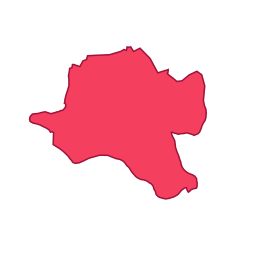 Ini, Akwa Ibom, Nigeria, rotated 158°
{"feature_id": "59680162B87442417129591", "entity_name": "Ini", "entity_type": "district", "adm_level": 2, "iso_a3": "NGA", "parent_name": "Nigeria", "parent_adm1": "Akwa Ibom", "projection": "robinson", "projection_center": [7.758, 5.403], "detail": "fine", "context": "isolated", "style": "filled", "palette": "rose", "viewbox_px": 256, "rotation_deg": 158, "n_neighbors": 0, "source": "geoboundaries", "source_scale": "gbopen_adm2", "svg_char_len": 2521}
<svg xmlns="http://www.w3.org/2000/svg" viewBox="0 0 256 256"><g transform="rotate(158 128 128)"><path d="M155.8,207.6L157.3,205.0L159.8,205.1L161.7,201.6L163.1,199.7L164.0,197.7L164.3,196.0L165.4,193.1L167.0,189.2L168.2,187.7L171.1,184.1L172.8,182.2L175.9,177.9L176.9,175.8L177.7,175.0L176.9,173.8L177.6,171.3L180.0,169.7L181.8,168.9L183.6,169.3L186.4,169.2L188.2,169.6L188.6,169.6L190.0,169.6L190.9,169.7L192.1,170.0L193.9,170.0L195.3,171.2L196.8,172.4L198.6,174.0L200.3,174.4L202.5,174.8L205.7,175.1L207.1,175.5L209.6,176.3L211.4,176.7L213.2,175.9L214.6,175.1L216.0,173.0L216.3,171.0L215.6,169.8L213.8,167.8L211.3,166.2L208.4,163.8L206.3,161.3L204.1,158.9L202.0,156.1L201.4,153.1L199.9,153.0L198.7,151.7L203.6,140.7L198.9,134.2L198.5,133.5L196.8,130.6L195.7,128.2L193.9,124.1L193.5,121.7L192.7,119.7L192.0,116.8L190.9,115.6L189.5,114.8L187.7,114.4L186.3,114.0L184.5,114.1L182.7,114.1L175.3,114.6L164.6,113.4L157.1,110.3L150.7,104.2L147.1,101.8L144.6,98.6L143.8,96.2L143.1,93.3L142.0,91.3L141.6,89.3L140.9,85.6L139.8,82.4L139.1,80.4L138.0,78.4L136.6,76.8L135.5,75.6L132.3,73.6L130.1,71.5L128.7,69.1L127.6,67.9L126.9,66.3L126.5,64.7L126.8,61.4L126.4,59.0L126.8,55.8L126.0,53.7L125.0,52.1L123.5,50.9L121.4,49.3L119.6,48.1L117.8,47.7L116.0,47.3L112.4,47.1L111.1,47.0L110.7,47.0L107.9,47.4L106.1,47.8L104.0,49.1L101.5,50.3L100.1,50.7L97.9,51.1L96.2,50.8L96.5,47.9L96.1,45.9L94.3,46.3L92.6,47.1L90.7,47.2L87.0,46.6L85.8,48.0L85.1,49.6L84.4,51.3L84.1,53.3L83.4,55.3L84.1,58.2L85.2,59.8L86.3,61.0L88.1,62.6L89.5,64.2L91.0,66.6L92.0,69.1L92.4,71.5L92.4,73.9L92.2,75.2L91.8,77.2L91.8,80.0L91.5,82.5L91.5,84.5L91.5,86.1L91.5,88.1L91.2,92.2L90.5,94.6L90.1,96.3L89.5,98.3L89.5,101.1L89.8,102.8L89.9,104.8L89.5,107.6L88.1,107.2L86.7,105.6L85.2,104.8L84.2,103.6L82.7,103.2L80.6,102.8L78.5,102.0L76.0,101.7L74.5,100.9L73.5,100.1L72.0,98.9L70.6,97.7L69.5,96.4L66.7,96.5L64.9,96.5L63.5,97.3L62.8,97.7L61.8,98.7L60.7,99.8L59.3,101.4L57.9,103.0L56.4,104.3L55.1,105.2L54.0,105.9L51.9,108.4L51.2,110.0L50.1,112.0L49.1,114.9L48.7,116.5L48.8,119.8L47.8,125.2L46.2,128.3L41.1,138.2L39.7,149.7L42.9,154.8L51.4,154.3L60.3,151.5L65.3,152.9L67.7,157.5L69.4,160.3L71.2,163.7L70.2,164.4L69.7,165.4L68.8,167.1L69.3,167.1L79.7,168.0L81.5,184.3L87.0,197.5L94.2,196.9L95.1,202.2L95.4,202.2L95.9,202.3L97.1,202.7L97.9,203.0L98.5,203.5L99.3,202.2L100.5,200.6L102.4,202.3L105.9,201.7L117.8,202.9L132.7,208.2L138.5,210.1L140.7,207.2L141.6,207.0L144.6,207.1L149.6,203.0L154.9,207.5L155.8,207.6Z" fill="#f43f5e" stroke="#9f1239" stroke-width="1.5"/></g></svg>